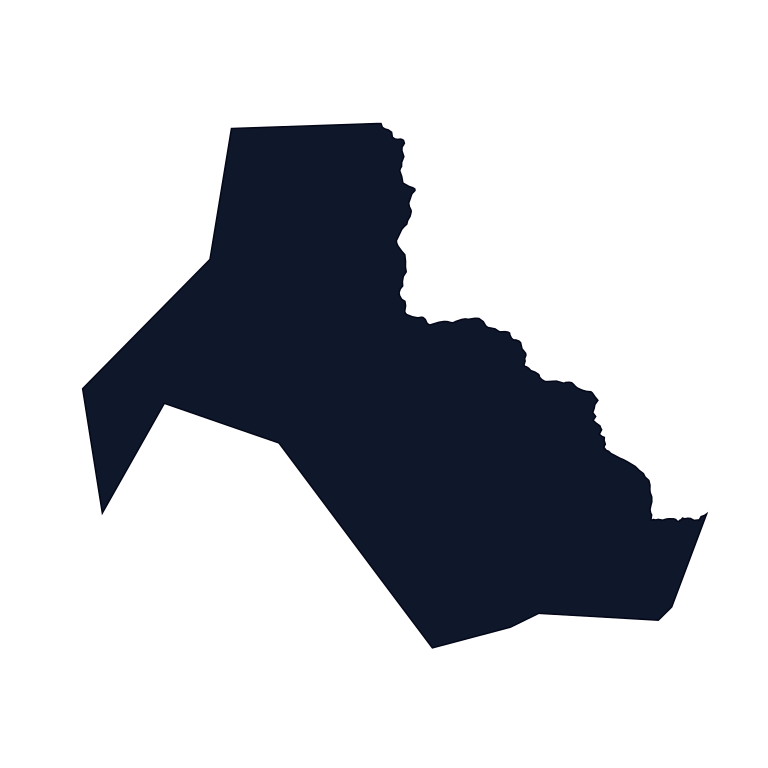 Lufa District, Eastern Highlands, Papua New Guinea (Natural Earth projection), rotated 81°
{"feature_id": "67681753B74545677016959", "entity_name": "Lufa District", "entity_type": "district", "adm_level": 2, "iso_a3": "PNG", "parent_name": "Papua New Guinea", "parent_adm1": "Eastern Highlands", "projection": "natural_earth1", "projection_center": [145.234, -6.443], "detail": "fine", "context": "isolated", "style": "filled", "palette": "ink", "viewbox_px": 768, "rotation_deg": 81, "n_neighbors": 0, "source": "geoboundaries", "source_scale": "gbopen_adm2", "svg_char_len": 2553}
<svg xmlns="http://www.w3.org/2000/svg" viewBox="0 0 768 768"><g transform="rotate(81 384 384)"><path d="M334.1,280.0L333.3,283.8L333.3,290.6L332.4,293.5L332.4,297.1L333.4,303.2L334.3,306.0L334.0,307.8L332.2,311.8L331.6,315.1L331.6,320.1L332.9,329.6L331.0,331.9L326.7,333.1L324.5,334.9L323.9,336.3L323.9,340.2L323.9,340.3L322.1,345.3L319.0,350.7L317.4,351.8L315.6,352.2L310.0,350.4L305.6,350.4L303.1,353.3L299.1,354.8L296.0,354.8L292.6,353.0L290.1,350.2L285.7,349.8L280.7,348.1L276.7,344.5L271.7,344.5L266.1,343.5L259.6,343.2L255.6,345.7L250.0,348.6L246.9,349.4L244.4,349.4L234.1,342.3L231.9,339.8L229.7,336.5L226.3,335.1L222.3,331.9L217.9,330.1L216.0,330.2L212.9,331.2L209.2,331.3L200.5,326.7L197.7,323.1L196.1,323.1L194.6,324.9L192.7,328.5L188.4,333.9L181.9,334.0L175.7,335.1L173.5,334.0L171.9,332.6L167.9,331.9L162.5,328.8L156.4,329.8L152.9,329.1L149.5,326.2L146.4,326.6L145.2,328.1L144.6,329.5L144.6,332.0L143.7,334.9L141.5,337.1L136.5,337.1L133.7,340.0L132.2,343.2L130.2,345.5L126.3,346.2L125.7,349.8L124.7,357.8L123.7,366.0L107.8,494.7L233.7,536.4L341.5,682.4L467.4,682.4L368.7,604.0L400.5,544.5L425.8,497.0L578.0,416.8L652.2,377.5L643.9,297.0L634.7,267.1L660.2,150.0L649.2,134.7L562.7,85.6L563.9,88.0L564.6,91.6L567.5,93.8L567.2,99.1L564.8,102.2L564.1,104.9L564.2,108.1L563.1,110.1L564.7,111.9L564.7,112.9L565.8,113.9L565.3,116.0L563.5,117.0L562.5,118.9L561.9,122.3L561.6,124.3L561.6,126.8L562.1,130.0L560.6,134.3L560.8,136.9L559.9,139.3L560.4,140.5L559.8,141.6L555.2,140.1L553.1,140.8L549.7,140.9L545.4,139.3L542.3,137.9L537.3,137.2L532.7,138.1L529.7,137.9L525.6,137.1L520.7,137.5L516.7,140.7L513.1,141.8L509.1,145.6L504.8,148.7L501.7,152.4L499.1,155.5L496.2,159.3L494.0,162.9L490.1,168.0L488.1,170.8L485.5,172.7L484.3,174.9L480.8,176.8L478.1,174.8L474.1,175.4L471.2,174.7L469.9,176.9L467.3,179.2L463.2,176.2L461.8,176.7L459.1,177.3L455.4,181.0L452.6,183.2L449.2,180.0L444.9,182.3L440.7,180.1L437.4,179.0L433.6,175.3L429.5,177.7L425.3,179.7L424.0,180.9L423.0,185.0L421.5,188.4L419.9,191.1L418.1,193.7L416.5,195.2L413.8,197.0L412.1,198.4L411.2,201.0L410.9,204.6L411.5,206.0L408.1,213.2L407.1,222.6L406.6,224.7L404.2,227.6L401.4,229.4L399.5,229.4L398.3,230.2L395.8,233.1L393.6,237.0L391.2,238.5L389.3,240.6L388.4,242.4L387.1,242.8L383.4,241.0L380.9,241.1L377.8,239.3L375.9,239.3L370.7,242.2L364.5,242.6L362.7,244.0L361.1,246.9L360.8,249.1L358.8,250.9L355.2,252.0L353.3,252.0L352.1,253.5L351.2,256.3L350.6,261.4L349.6,262.8L346.9,265.7L344.4,272.6L342.5,274.4L337.9,276.2L334.1,280.0Z" fill="#0f172a" stroke="#020617" stroke-width="1.5"/></g></svg>